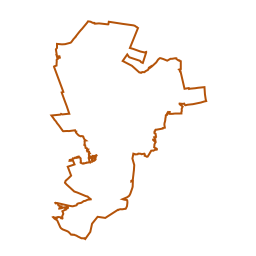 Izvoarele, Tulcea, Romania, rotated 177°
{"feature_id": "2599482B66243193885359", "entity_name": "Izvoarele", "entity_type": "district", "adm_level": 2, "iso_a3": "ROU", "parent_name": "Romania", "parent_adm1": "Tulcea", "projection": "natural_earth1", "projection_center": [28.529, 45.071], "detail": "fine", "context": "isolated", "style": "outline", "palette": "amber", "viewbox_px": 256, "rotation_deg": 177, "n_neighbors": 0, "source": "geoboundaries", "source_scale": "gbopen_adm2", "svg_char_len": 5810}
<svg xmlns="http://www.w3.org/2000/svg" viewBox="0 0 256 256"><g transform="rotate(177 128 128)"><path d="M73.9,139.7L73.8,141.3L73.4,142.1L73.4,144.3L72.3,146.6L74.9,148.8L75.3,149.4L75.2,149.7L72.0,149.2L70.6,149.4L70.1,148.3L69.7,147.8L69.4,147.7L67.4,148.1L61.9,148.4L54.0,149.6L50.4,150.5L48.5,150.8L48.9,152.5L49.4,157.7L49.5,164.8L55.9,164.5L58.9,164.2L63.8,164.0L65.0,163.8L65.2,164.7L65.4,164.7L69.5,164.2L72.6,181.8L73.1,181.7L73.6,183.5L73.8,183.7L72.2,184.1L71.8,191.9L72.7,192.2L72.9,192.7L73.6,193.0L74.0,192.8L76.4,194.7L76.3,195.1L77.1,195.2L80.4,194.8L81.9,194.9L85.3,193.2L89.1,195.0L91.5,195.9L92.4,196.1L92.7,196.0L94.3,194.8L96.4,192.0L101.0,188.2L102.2,187.4L102.1,188.2L104.0,187.1L104.5,185.8L105.0,185.0L107.6,183.8L108.6,182.9L110.9,183.1L111.2,183.0L111.5,182.6L112.0,182.4L112.7,182.6L113.0,182.9L113.8,182.9L120.8,189.9L129.8,195.2L124.9,201.5L123.3,198.9L122.8,198.5L112.6,194.5L111.4,193.0L109.8,192.2L105.9,202.5L105.9,203.0L106.4,202.9L107.2,202.5L111.5,203.7L118.9,206.8L121.9,207.8L112.8,227.3L113.3,227.6L113.7,228.2L114.6,228.7L115.8,229.7L117.1,230.2L128.1,232.3L141.6,235.1L142.2,232.6L142.4,232.5L151.5,234.0L155.7,233.9L155.9,234.0L155.8,234.5L156.0,234.7L157.8,234.9L159.8,236.1L162.3,236.6L163.4,235.2L169.0,229.1L169.5,228.7L171.7,226.4L175.7,221.8L175.6,221.7L177.7,219.7L179.9,217.0L180.8,216.2L186.5,215.0L189.6,215.0L194.5,215.7L194.7,211.7L195.9,210.3L195.3,204.7L195.6,204.7L195.2,203.0L194.1,203.2L192.7,203.2L192.4,201.8L194.8,201.3L194.6,200.6L195.5,200.1L195.7,199.7L195.7,197.9L195.9,196.7L196.1,194.1L198.5,193.4L198.7,193.1L191.3,169.4L190.7,167.4L192.4,167.0L189.6,157.9L188.0,152.9L185.9,145.3L187.6,145.3L193.0,145.0L194.1,145.6L194.6,145.0L195.0,144.9L203.8,144.5L201.5,141.0L201.0,140.0L200.3,139.3L198.9,137.2L198.8,136.8L196.9,134.2L193.2,128.4L192.9,128.2L189.0,128.2L187.1,128.0L181.0,128.5L180.8,127.6L180.6,127.4L179.9,127.2L180.2,126.2L178.6,124.2L177.5,123.1L175.7,122.2L174.9,122.4L174.3,122.2L173.6,122.2L173.2,121.8L173.3,121.6L172.0,118.7L170.7,117.7L171.9,117.6L172.1,117.1L172.0,115.2L172.5,113.4L171.7,113.1L171.4,110.3L170.1,109.9L170.0,109.7L170.0,109.0L169.0,108.7L170.2,107.5L169.8,106.6L168.5,106.7L168.1,106.4L168.2,105.3L167.5,104.7L168.5,104.0L168.4,102.7L168.0,102.5L168.3,101.8L167.8,101.3L166.2,101.0L166.0,100.3L165.6,100.2L165.2,100.5L164.9,102.0L163.3,101.6L163.1,101.9L162.1,101.6L161.6,102.3L161.0,102.5L160.8,102.2L161.8,101.1L161.8,100.4L162.6,100.1L163.1,100.1L163.6,99.7L162.6,98.9L162.1,99.2L162.0,98.5L162.3,98.3L162.3,98.0L162.4,97.9L162.7,98.1L163.2,97.3L163.7,97.0L163.9,97.4L164.9,97.2L165.3,96.7L165.7,97.5L165.7,97.9L165.3,98.5L165.5,98.9L166.2,99.5L166.2,99.9L167.8,100.3L168.0,100.9L168.7,100.7L168.9,100.1L168.6,99.2L168.3,97.4L168.1,96.9L167.8,96.6L167.5,96.0L167.1,95.7L167.5,95.4L168.4,95.8L169.3,95.8L169.5,95.6L170.2,95.5L170.9,95.7L171.5,95.3L172.1,95.3L174.0,94.8L174.2,95.1L175.2,94.8L175.5,94.9L176.4,95.5L176.9,95.6L177.1,95.8L176.7,96.3L177.0,96.9L176.8,97.6L177.0,99.5L176.9,100.1L177.6,101.0L178.1,101.3L179.5,101.1L179.1,101.5L178.5,101.9L178.6,102.1L180.3,101.8L181.8,101.0L182.4,101.2L183.7,100.4L184.6,100.6L185.1,99.7L186.4,99.3L187.0,99.3L187.6,98.9L187.9,99.0L188.1,98.3L186.5,98.3L185.6,98.5L185.3,98.8L184.8,98.7L183.3,94.4L190.2,92.5L187.3,83.4L190.7,80.4L192.9,78.7L193.1,78.5L193.4,77.4L193.8,77.0L193.8,76.6L192.2,74.7L185.0,67.4L182.0,66.2L173.7,62.2L172.0,61.7L170.6,60.3L170.1,59.5L169.4,59.4L168.9,58.9L168.9,58.7L172.1,58.5L174.4,57.5L176.1,57.3L177.9,56.1L179.0,55.6L181.2,55.4L182.5,55.0L182.5,54.7L183.5,53.5L187.2,52.7L188.1,52.8L191.6,53.6L202.7,56.8L204.0,56.9L204.3,57.1L204.5,57.0L204.2,56.5L203.4,56.6L202.7,56.5L201.9,55.8L201.6,54.4L200.9,53.9L200.0,53.5L198.4,53.2L198.5,51.9L200.7,51.6L200.9,51.3L200.9,51.1L199.0,51.3L196.2,52.0L192.3,52.4L192.1,51.4L192.5,51.0L194.3,50.9L194.8,50.7L194.3,49.8L196.0,49.2L197.9,48.3L197.4,46.9L197.1,45.7L198.3,43.4L198.2,41.1L198.4,41.0L198.9,41.3L199.6,41.4L200.0,42.3L201.1,42.6L201.9,42.6L202.4,42.8L203.7,42.5L203.5,42.1L203.6,41.9L204.1,42.0L206.3,42.5L207.2,43.0L207.5,42.9L206.0,41.2L203.9,39.8L203.5,39.4L200.8,32.4L200.2,31.5L199.4,30.8L198.4,30.1L194.4,28.3L193.2,27.6L192.6,27.1L190.3,24.4L189.1,24.5L188.5,24.1L187.8,24.3L187.3,24.2L186.6,23.8L185.1,23.2L183.8,22.3L180.2,20.3L178.3,20.2L177.3,19.8L176.9,20.2L176.6,20.0L176.7,19.6L176.5,19.4L171.1,26.2L168.9,34.3L163.0,40.9L155.4,39.4L142.4,46.8L142.0,46.6L141.1,47.1L139.5,47.3L138.3,47.1L136.2,47.3L135.3,47.5L134.6,47.4L134.1,48.1L133.1,50.0L132.5,53.4L132.5,55.0L132.6,55.7L132.9,56.2L135.4,56.6L137.1,57.2L132.4,58.9L130.3,60.3L129.1,62.3L126.7,68.2L126.4,69.3L125.9,74.9L126.5,75.0L127.5,74.5L127.5,75.0L126.2,75.7L125.9,76.2L124.3,85.6L123.7,90.7L125.2,97.3L124.7,99.2L124.0,102.1L122.5,101.6L122.3,101.2L119.7,101.3L119.3,101.8L119.1,101.9L116.6,101.6L115.9,101.1L113.0,101.5L112.9,101.4L112.6,100.7L112.8,99.4L111.6,98.9L110.7,98.3L109.9,98.4L108.8,99.9L106.0,104.1L104.7,104.2L103.9,104.0L102.2,104.8L100.4,104.9L100.2,105.4L100.4,105.8L101.0,106.2L102.0,106.6L102.9,107.4L102.6,108.8L102.5,110.1L101.9,111.3L101.1,112.4L101.2,113.3L101.6,113.8L102.1,113.8L102.2,113.4L103.5,114.7L103.5,114.9L102.6,114.7L102.4,115.1L102.0,114.9L101.6,115.0L101.9,115.5L101.9,116.4L102.2,116.8L102.3,117.2L100.9,117.0L100.5,117.6L101.0,118.2L100.6,118.8L100.6,119.4L100.8,120.4L100.7,120.6L100.8,120.8L101.8,121.4L101.9,121.9L101.8,122.2L101.6,122.6L101.7,123.2L101.1,123.6L100.8,124.6L100.3,124.9L99.9,124.8L93.4,125.6L93.3,126.1L91.2,126.4L91.5,129.3L91.3,130.9L90.8,132.3L90.4,133.8L90.1,135.9L89.8,136.8L89.6,138.5L89.2,138.7L89.1,139.1L88.3,139.1L88.0,139.7L88.4,139.8L88.3,140.2L87.6,141.3L87.3,140.8L87.1,141.1L86.8,141.1L86.3,141.9L85.5,141.8L85.8,140.0L85.6,139.9L82.1,139.8L81.4,140.0L73.9,139.7Z" fill="none" stroke="#b45309" stroke-width="2"/></g></svg>